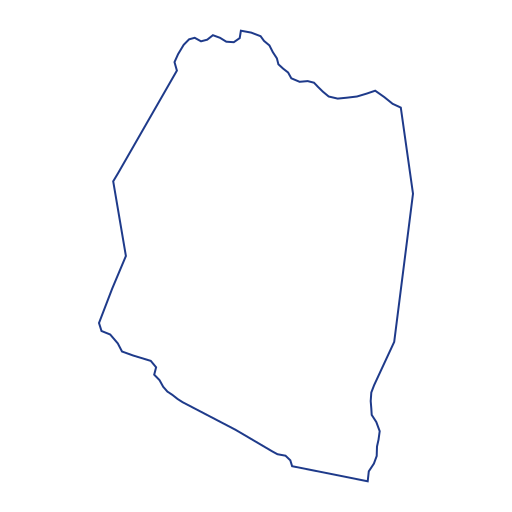 outline of Cardeal da Silva, Bahia, Brazil
{"feature_id": "56859067B32277633008577", "entity_name": "Cardeal da Silva", "entity_type": "district", "adm_level": 2, "iso_a3": "BRA", "parent_name": "Brazil", "parent_adm1": "Bahia", "projection": "orthographic", "projection_center": [-37.94, -12.045], "detail": "fine", "context": "isolated", "style": "outline", "palette": "blue", "viewbox_px": 512, "rotation_deg": 0, "n_neighbors": 0, "source": "geoboundaries", "source_scale": "gbopen_adm2", "svg_char_len": 1050}
<svg xmlns="http://www.w3.org/2000/svg" viewBox="0 0 512 512"><path d="M272.1,451.3L277.4,454.2L285.5,455.7L290.3,460.3L292.1,466.2L367.7,481.3L368.8,471.3L373.9,463.6L376.7,456.0L377.0,446.5L378.5,439.8L379.7,431.2L376.3,422.0L371.7,414.9L371.3,408.4L370.7,401.1L371.3,392.5L374.1,385.2L394.2,341.9L408.6,228.5L413.0,193.7L400.8,107.6L392.6,103.8L384.3,97.1L375.2,90.7L366.7,93.6L357.0,96.5L346.8,97.7L337.7,98.6L328.7,96.5L322.8,91.6L318.0,86.9L314.0,82.7L307.7,81.1L299.6,81.8L291.3,78.3L288.1,72.5L283.1,68.6L278.4,64.3L276.9,58.4L272.8,52.1L269.4,45.4L264.0,40.9L260.6,36.2L251.2,32.6L240.9,30.7L239.7,38.1L233.8,42.2L226.3,41.7L220.0,37.8L212.9,35.2L207.2,39.7L201.0,41.3L194.7,37.8L189.1,39.3L183.7,44.8L178.1,54.1L174.5,62.1L176.9,70.6L118.0,173.3L113.2,181.3L125.9,256.0L112.2,288.6L99.0,323.0L101.5,331.0L110.2,334.5L117.8,343.4L122.0,351.5L133.1,355.5L150.8,360.9L156.1,367.3L154.2,374.7L159.5,380.1L163.2,386.8L167.4,391.6L172.4,394.9L177.6,399.0L182.6,402.2L235.7,429.9L272.1,451.3Z" fill="none" stroke="#1e3a8a" stroke-width="2"/></svg>